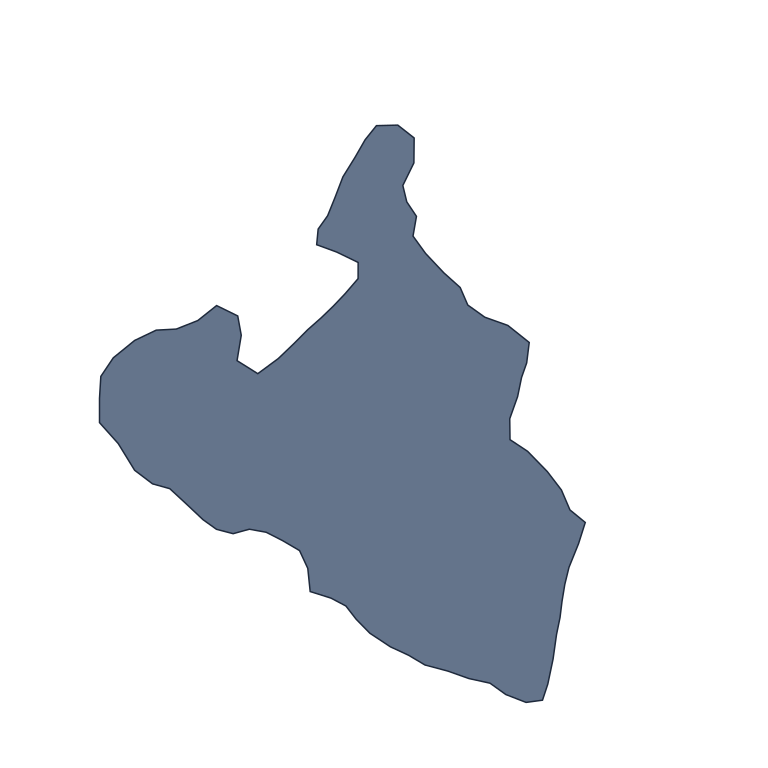 Ribeirão Vermelho, Minas Gerais, Brazil, rotated 112°
{"feature_id": "56859067B66490623340550", "entity_name": "Ribeirão Vermelho", "entity_type": "district", "adm_level": 2, "iso_a3": "BRA", "parent_name": "Brazil", "parent_adm1": "Minas Gerais", "projection": "orthographic", "projection_center": [-45.077, -21.15], "detail": "fine", "context": "isolated", "style": "filled", "palette": "slate", "viewbox_px": 768, "rotation_deg": 112, "n_neighbors": 0, "source": "geoboundaries", "source_scale": "gbopen_adm2", "svg_char_len": 1251}
<svg xmlns="http://www.w3.org/2000/svg" viewBox="0 0 768 768"><g transform="rotate(112 384 384)"><path d="M602.4,353.0L604.1,336.2L612.6,321.6L620.4,303.7L625.3,279.6L626.3,259.6L629.2,240.7L626.3,217.6L625.3,194.9L621.7,173.6L626.3,154.7L626.0,133.0L617.8,118.6L600.9,119.7L575.7,124.2L551.6,130.2L534.6,133.3L518.9,137.5L502.0,141.3L484.7,143.8L459.2,143.8L437.0,145.5L431.1,164.4L415.8,179.8L404.0,199.8L392.6,225.7L388.4,246.3L369.1,254.4L345.6,255.4L326.4,258.9L311.0,259.6L291.1,264.9L283.3,291.1L284.3,315.6L279.4,335.9L266.0,349.5L258.5,370.2L247.4,394.3L236.0,412.5L216.4,416.7L206.6,431.1L192.9,440.9L167.8,439.1L144.6,448.2L138.8,468.2L147.3,487.8L164.6,493.0L184.8,495.8L207.3,499.7L229.2,499.3L249.1,499.3L265.0,503.1L280.1,498.6L279.4,477.2L281.0,453.5L296.0,447.5L314.6,453.8L330.6,460.1L346.3,467.1L362.3,475.1L379.9,482.5L400.1,491.6L421.7,504.9L417.4,529.0L392.3,534.6L375.7,545.1L374.0,568.6L394.9,580.4L410.9,597.2L419.4,615.4L437.0,631.5L461.1,644.8L483.0,649.4L503.9,642.4L526.4,633.3L538.8,608.1L557.4,582.9L563.3,561.2L561.3,543.4L569.8,521.0L577.6,501.0L581.5,484.9L579.3,467.8L569.1,454.5L565.6,437.7L567.2,419.5L570.1,399.9L583.5,385.6L604.1,374.7L602.4,353.0Z" fill="#64748b" stroke="#1e293b" stroke-width="1.5"/></g></svg>